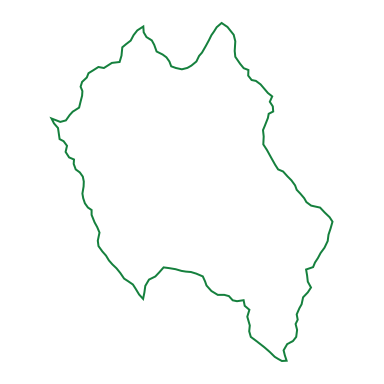 Ubirajara, São Paulo, Brazil (orthographic projection)
{"feature_id": "56859067B67635405812564", "entity_name": "Ubirajara", "entity_type": "district", "adm_level": 2, "iso_a3": "BRA", "parent_name": "Brazil", "parent_adm1": "São Paulo", "projection": "orthographic", "projection_center": [-49.665, -22.551], "detail": "fine", "context": "isolated", "style": "outline", "palette": "green", "viewbox_px": 384, "rotation_deg": 0, "n_neighbors": 0, "source": "geoboundaries", "source_scale": "gbopen_adm2", "svg_char_len": 2287}
<svg xmlns="http://www.w3.org/2000/svg" viewBox="0 0 384 384"><path d="M51.5,118.5L54.0,123.4L58.0,128.0L59.0,134.9L59.6,139.1L63.6,141.2L67.0,145.8L65.6,151.9L69.1,157.4L74.0,159.5L73.7,163.9L75.7,169.4L79.8,172.4L82.8,176.6L83.8,181.5L83.6,186.5L82.4,193.6L83.2,198.2L84.9,203.3L87.9,207.5L91.6,210.0L91.6,214.9L94.6,222.4L97.2,227.1L99.5,232.6L97.8,240.7L98.5,246.1L102.3,251.4L106.0,255.6L108.9,260.4L112.4,264.4L116.5,268.3L120.3,273.0L124.1,278.6L127.8,281.0L132.9,284.5L135.6,288.7L139.1,294.5L143.1,298.9L144.4,292.4L145.3,285.9L149.0,279.6L155.3,276.5L159.2,272.4L163.6,267.4L169.0,268.1L175.6,269.2L181.5,270.9L185.9,271.6L190.9,272.0L196.2,273.6L202.8,276.4L205.1,281.5L206.5,285.5L211.4,291.0L217.8,294.9L224.4,294.9L228.9,296.1L232.7,300.3L237.0,301.2L243.6,300.2L244.7,305.8L249.4,309.8L247.3,316.7L249.8,325.5L249.2,331.3L250.8,336.9L255.8,340.6L260.3,344.1L264.4,347.3L269.7,351.9L274.7,356.8L278.1,358.9L281.9,361.0L286.6,360.7L284.8,355.2L283.6,350.3L287.2,344.1L293.0,341.0L296.2,336.9L297.1,329.9L295.6,324.0L297.7,319.7L296.7,314.4L299.4,308.2L301.6,304.3L303.1,297.3L307.8,292.4L311.0,287.5L307.8,281.7L307.1,275.5L306.1,269.5L313.1,267.1L315.0,262.5L317.9,258.1L320.6,253.0L324.5,247.7L327.7,241.0L328.5,234.7L330.5,228.7L332.5,221.7L329.6,217.2L324.7,212.5L320.1,207.6L315.1,206.5L311.1,205.6L306.4,202.1L304.2,198.2L300.3,193.6L296.7,189.8L295.1,185.4L291.4,180.3L287.5,176.4L283.1,171.5L278.1,169.4L275.1,164.7L270.9,157.2L267.0,150.1L263.3,144.4L263.7,136.5L263.0,130.1L264.7,126.1L267.9,118.0L268.7,113.8L273.2,111.5L272.8,106.4L269.8,101.8L272.2,96.4L267.9,93.0L260.6,84.4L255.9,80.9L251.6,80.0L248.2,75.6L248.4,70.0L243.7,68.2L240.1,63.8L235.3,56.8L234.7,51.0L235.3,41.3L233.7,34.8L227.5,27.0L221.6,23.0L216.7,27.2L214.0,31.5L211.4,35.2L209.0,40.1L205.8,46.0L202.0,52.6L199.1,55.9L196.4,61.5L191.4,65.6L187.4,67.9L181.9,69.3L175.9,68.0L171.2,66.3L169.4,61.5L166.4,57.3L162.6,54.5L156.6,51.5L154.2,44.8L151.8,40.4L146.5,37.1L143.7,32.3L143.3,26.5L137.3,30.4L133.6,35.1L130.7,40.6L126.4,43.9L122.3,47.3L121.5,55.6L119.6,62.0L111.9,62.9L103.9,68.0L98.4,67.0L93.2,70.3L88.5,73.2L86.8,77.5L82.1,81.9L80.6,86.7L82.4,91.1L82.1,95.7L80.6,101.5L79.1,107.6L72.7,111.7L69.7,115.0L65.9,120.4L60.3,121.9L51.5,118.5Z" fill="none" stroke="#15803d" stroke-width="2"/></svg>